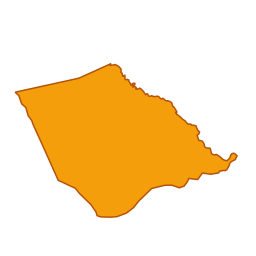 outline of St. Tammany, Louisiana, United States of America, rotated 336°
{"feature_id": "52423323B29403129163195", "entity_name": "St. Tammany", "entity_type": "district", "adm_level": 2, "iso_a3": "USA", "parent_name": "United States of America", "parent_adm1": "Louisiana", "projection": "mercator", "projection_center": [-89.763, 30.431], "detail": "fine", "context": "isolated", "style": "filled", "palette": "amber", "viewbox_px": 256, "rotation_deg": 336, "n_neighbors": 0, "source": "geoboundaries", "source_scale": "gbopen_adm2", "svg_char_len": 2584}
<svg xmlns="http://www.w3.org/2000/svg" viewBox="0 0 256 256"><g transform="rotate(336 128 128)"><path d="M138.2,62.3L104.0,62.5L101.3,62.1L40.1,49.5L39.7,49.9L41.4,54.0L40.7,62.8L43.0,67.7L41.8,76.3L43.1,81.9L42.7,86.4L42.9,107.8L43.0,146.9L43.0,147.5L43.4,147.9L55.4,161.7L57.0,168.0L63.0,183.0L64.6,191.6L64.1,195.5L66.9,198.1L75.7,202.3L81.8,204.5L92.0,205.1L100.9,202.9L107.9,199.2L125.1,192.9L138.3,195.3L144.9,198.1L150.6,203.5L155.7,203.9L160.7,201.0L163.1,198.9L170.7,203.4L177.6,199.4L184.8,203.9L192.6,205.9L193.9,204.7L198.6,205.8L199.3,206.5L201.3,206.3L204.9,203.6L205.8,202.6L207.1,201.3L209.0,200.7L213.2,200.5L214.7,199.0L216.3,197.9L215.5,195.7L214.9,194.7L214.2,194.0L212.9,193.7L212.2,193.9L210.9,194.5L210.4,194.9L210.0,195.6L209.1,196.5L207.2,197.5L205.3,198.1L204.3,197.7L202.8,196.4L201.6,194.8L201.2,193.9L200.8,192.5L198.9,189.3L197.8,188.1L196.3,187.8L195.6,187.5L195.1,187.1L194.3,186.1L194.0,185.4L194.0,184.9L194.3,182.7L194.7,181.0L194.7,180.1L194.2,179.4L192.4,178.7L191.6,178.1L190.5,176.7L190.4,175.8L190.6,175.4L191.0,173.8L190.8,171.2L190.6,170.4L189.1,168.9L187.7,168.1L188.1,163.6L188.4,162.8L188.5,162.6L189.9,162.4L190.5,162.1L191.8,160.7L191.7,160.4L190.9,158.8L190.8,155.5L191.0,153.7L189.4,152.4L187.2,151.2L187.1,150.3L186.9,150.0L185.4,149.2L184.4,148.9L183.6,146.9L183.1,144.8L181.2,141.7L180.6,139.7L179.1,136.8L178.5,135.9L178.0,135.1L177.9,133.2L178.3,133.1L178.6,133.5L178.8,133.6L179.2,132.8L178.7,128.7L178.4,127.2L178.0,127.0L177.7,125.7L178.2,123.9L178.0,122.3L176.5,120.2L176.4,120.1L175.0,119.1L173.6,118.5L172.7,116.5L171.7,115.0L171.6,114.9L171.0,115.1L170.2,115.0L169.3,113.5L168.9,112.0L168.1,111.1L167.7,110.9L165.7,110.3L163.8,109.5L163.7,109.2L162.8,108.1L161.3,108.1L160.0,107.3L159.9,107.1L159.8,105.1L159.4,104.4L157.6,104.6L157.2,102.7L157.0,101.0L156.8,100.3L155.9,97.9L154.9,96.4L154.7,96.3L153.8,96.5L152.7,96.4L152.1,96.2L151.4,95.9L151.1,95.8L151.0,95.5L151.1,95.3L151.4,95.3L151.9,95.1L151.9,94.4L151.3,93.0L149.3,92.6L149.0,92.3L149.0,91.8L149.3,91.2L149.6,91.0L149.9,91.0L150.7,91.5L151.8,91.1L152.3,90.5L152.4,90.2L152.3,89.9L151.3,89.3L149.9,89.4L149.0,89.7L148.4,89.9L148.0,89.8L148.0,89.5L148.3,88.6L147.6,85.1L147.8,84.9L148.1,84.8L148.2,84.4L147.0,83.2L146.0,83.1L145.5,82.9L145.2,82.1L145.2,81.7L145.8,80.6L146.4,79.1L146.6,78.6L146.2,78.4L145.9,78.4L144.8,78.8L144.3,78.5L144.5,76.8L144.9,75.7L144.8,75.3L144.3,74.4L145.6,71.3L144.7,68.5L143.9,67.0L141.9,64.7L141.2,64.8L140.1,64.4L137.4,63.7L137.3,63.2L137.8,62.7L138.2,62.5L138.2,62.3Z" fill="#f59e0b" stroke="#b45309" stroke-width="1.5"/></g></svg>